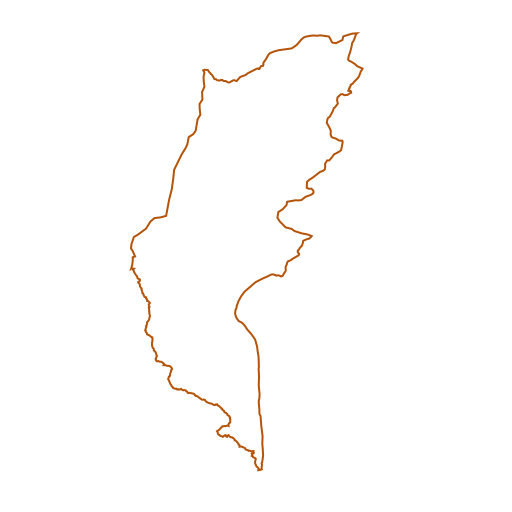 outline of Samphanh, Phôngsali, Laos, rotated 174°
{"feature_id": "54806243B8043974283076", "entity_name": "Samphanh", "entity_type": "district", "adm_level": 2, "iso_a3": "LAO", "parent_name": "Laos", "parent_adm1": "Phôngsali", "projection": "albers", "projection_center": [102.522, 21.656], "detail": "fine", "context": "isolated", "style": "outline", "palette": "amber", "viewbox_px": 512, "rotation_deg": 174, "n_neighbors": 0, "source": "geoboundaries", "source_scale": "gbopen_adm2", "svg_char_len": 6078}
<svg xmlns="http://www.w3.org/2000/svg" viewBox="0 0 512 512"><g transform="rotate(174 256 256)"><path d="M132.2,466.9L136.9,467.1L145.4,465.5L146.4,465.0L147.4,461.8L154.2,459.3L157.6,460.2L158.3,461.0L159.1,463.5L160.6,466.7L168.8,468.7L172.6,468.7L175.7,469.3L179.6,469.3L183.7,468.9L185.2,468.5L186.6,467.7L188.4,466.4L193.5,461.6L198.2,459.0L199.3,458.7L212.0,458.3L216.2,457.6L220.9,456.3L222.4,455.1L225.4,450.9L228.2,447.7L228.7,446.5L228.6,445.5L229.3,444.3L230.7,444.4L231.1,444.2L232.2,443.1L233.1,441.6L233.8,441.7L233.9,442.3L235.4,442.3L245.1,438.6L247.4,437.1L253.0,435.7L257.0,432.0L259.2,433.1L260.4,433.1L264.4,431.3L265.9,431.7L267.7,433.1L270.1,433.5L271.0,434.6L271.7,434.5L272.6,434.7L273.6,434.3L275.8,434.7L276.3,434.9L277.1,435.9L278.8,436.3L280.8,440.8L281.9,441.7L282.2,442.5L283.2,443.6L284.5,446.0L287.5,446.6L289.1,446.2L288.2,444.1L288.3,443.0L289.3,440.3L289.5,438.9L289.7,435.5L289.6,429.8L292.5,424.6L292.9,417.2L296.2,413.2L296.6,409.1L296.6,402.3L299.8,398.0L302.9,386.9L305.6,383.8L310.5,381.2L312.6,374.3L314.7,370.7L319.3,364.8L328.4,350.3L330.2,341.7L332.8,331.1L336.5,321.1L341.2,305.3L346.7,304.4L353.0,304.3L357.3,301.4L362.5,294.7L371.2,289.6L375.5,287.6L378.7,280.6L379.5,276.5L378.3,274.3L376.3,268.2L378.8,267.6L378.8,265.7L380.0,260.1L381.5,256.4L380.7,256.9L380.4,256.4L378.9,256.1L379.7,255.5L379.7,255.1L379.0,254.0L379.1,253.2L377.3,249.4L376.4,248.3L376.2,246.4L375.7,245.8L373.9,244.8L374.1,243.5L376.0,242.3L375.8,241.7L375.2,241.1L374.5,240.0L374.6,237.9L373.1,235.3L373.4,234.8L372.7,231.5L372.9,230.9L372.1,230.3L371.8,228.7L371.1,227.0L369.6,226.4L369.9,225.4L369.0,224.5L368.9,222.6L367.9,222.3L366.4,220.4L366.7,219.9L367.7,219.2L367.7,217.8L367.2,216.5L368.0,216.0L367.8,213.3L368.1,212.1L367.8,211.4L368.2,210.0L367.7,208.1L368.1,206.3L368.5,205.8L368.9,204.1L369.6,203.0L371.3,201.4L371.4,200.1L372.3,198.0L372.7,197.8L372.4,196.9L373.3,195.6L373.5,194.0L373.8,193.8L373.5,193.5L373.8,193.1L373.5,192.0L372.7,190.9L372.5,189.4L370.5,188.4L368.6,186.4L367.6,185.9L367.7,184.9L367.5,184.2L368.0,182.9L367.9,182.0L368.6,180.6L368.5,179.9L368.8,178.1L368.3,175.5L367.6,174.8L367.3,174.0L367.5,172.9L365.8,170.7L365.3,167.6L364.9,167.0L366.6,164.2L366.2,163.6L366.4,163.0L366.2,162.3L365.5,161.6L363.9,161.7L363.3,161.1L361.2,160.7L358.8,158.5L359.4,157.1L357.7,157.0L356.0,156.1L354.8,156.0L353.3,155.5L352.4,154.7L351.5,153.3L351.3,152.2L352.5,151.1L352.4,150.4L353.7,147.9L353.9,146.3L354.7,145.1L355.3,145.1L356.2,142.6L355.4,141.0L355.3,139.9L354.4,137.4L353.8,136.5L353.6,135.5L352.6,134.5L352.4,133.6L350.5,132.5L348.9,132.3L348.3,131.4L347.1,131.6L346.8,131.2L345.8,131.2L344.4,131.7L343.9,131.0L342.4,130.0L341.8,130.2L340.1,129.8L339.4,128.7L338.7,128.3L338.0,126.8L336.7,126.9L333.0,125.8L331.8,125.1L331.4,124.1L330.4,123.5L330.5,123.1L329.0,122.6L325.1,119.0L324.2,118.6L323.0,118.7L321.8,118.2L321.5,117.2L320.5,116.3L320.2,115.8L317.6,114.4L315.3,113.7L314.4,112.8L312.8,112.1L312.0,112.1L311.7,112.5L310.8,112.2L310.2,112.6L309.2,110.9L308.2,110.4L306.5,108.5L306.3,107.8L305.6,107.6L305.4,106.4L304.1,105.5L303.6,103.8L302.4,103.3L301.1,101.9L301.0,100.8L299.3,99.6L299.3,98.9L298.6,98.2L299.0,97.2L298.6,95.8L299.0,94.6L298.9,93.6L299.2,93.0L300.4,92.4L301.2,90.5L301.1,89.9L302.2,90.4L304.1,89.9L305.4,90.3L306.5,90.0L307.3,90.1L310.7,87.1L313.1,85.8L312.5,84.5L312.5,83.2L311.8,82.1L311.0,81.9L310.3,80.8L308.3,80.1L307.9,79.6L306.1,80.8L305.2,81.1L304.7,80.8L304.6,79.7L303.8,79.2L303.6,79.8L302.7,80.5L302.0,80.7L301.8,80.1L300.4,78.5L298.8,78.2L298.4,77.6L297.3,77.1L296.5,75.6L296.5,75.0L296.0,74.9L295.3,74.3L293.3,71.5L293.1,70.4L292.3,70.0L292.3,68.0L290.8,68.2L287.1,66.2L286.5,64.6L284.2,63.7L283.8,63.0L282.6,63.1L280.9,62.0L280.3,62.3L279.0,62.3L279.2,61.8L278.7,60.5L279.1,59.9L280.0,60.1L280.9,59.7L280.5,58.2L281.1,57.6L280.2,57.0L279.8,56.1L278.3,55.4L277.4,54.2L278.4,51.6L278.5,49.7L277.4,46.5L276.6,45.9L275.6,44.3L275.5,43.6L276.2,42.9L276.2,42.7L274.5,42.9L273.8,42.8L272.5,43.2L272.7,44.4L271.8,47.9L272.1,49.3L271.4,50.3L269.8,56.6L269.4,64.6L269.4,68.3L268.3,76.1L268.5,86.5L268.2,96.3L269.1,98.7L268.7,102.6L268.6,109.7L268.4,111.5L267.4,114.7L266.9,118.0L266.8,127.2L265.6,135.7L265.2,143.5L264.7,145.5L264.0,155.9L264.3,160.8L264.4,166.1L265.6,172.9L268.3,178.0L272.6,184.2L274.0,187.1L276.1,190.2L277.6,191.6L280.0,193.1L281.9,196.5L282.6,199.3L282.8,201.2L281.8,205.1L281.3,205.5L280.6,207.0L280.5,208.1L278.1,213.0L274.9,217.6L271.0,221.8L259.2,230.0L252.3,232.7L245.7,234.8L243.5,235.8L241.5,236.0L240.6,235.9L239.4,235.1L238.4,234.9L237.8,234.3L236.4,234.5L235.3,234.3L234.2,233.8L233.3,233.0L231.4,233.6L230.4,235.3L228.2,237.8L227.9,238.5L227.9,240.3L227.5,242.5L226.5,243.9L225.8,246.0L224.8,247.3L221.5,248.3L220.1,249.3L213.6,252.2L213.0,253.1L212.9,253.7L213.9,255.3L214.1,256.3L213.7,257.2L212.5,258.0L211.8,259.2L209.2,261.6L207.9,264.4L207.7,265.8L207.1,266.3L203.0,267.6L201.2,267.7L199.0,269.4L198.5,270.0L202.7,272.1L208.3,273.8L215.1,276.8L217.7,279.2L223.6,281.4L228.9,288.1L230.7,291.9L229.2,297.4L224.7,299.6L220.3,303.5L219.4,306.7L210.7,307.3L207.9,306.8L205.0,306.9L200.7,309.6L195.7,310.9L193.3,311.8L192.1,313.2L192.2,315.1L193.9,317.2L196.3,317.3L198.4,318.5L197.5,324.4L195.4,326.0L191.1,328.2L183.6,332.9L180.5,333.7L178.6,334.8L177.8,337.6L177.7,340.4L175.3,343.6L173.2,343.4L170.7,345.7L167.8,348.9L162.3,351.1L160.2,352.5L157.9,360.2L158.1,361.6L161.4,362.2L164.2,364.4L167.2,365.6L168.6,366.8L169.1,369.2L168.5,372.7L169.6,376.2L171.7,381.0L170.8,384.1L169.9,385.8L168.2,386.7L165.9,389.9L164.5,392.1L163.1,395.0L162.0,395.5L158.7,399.0L159.1,402.6L158.3,405.3L154.8,407.9L153.1,408.0L151.4,406.7L148.0,406.7L145.3,408.2L144.3,408.4L144.4,409.7L144.8,410.4L146.0,410.3L146.9,410.7L145.8,412.9L145.3,413.2L145.3,414.0L144.7,414.4L144.0,415.6L144.0,416.3L141.5,417.5L140.5,418.8L136.7,421.8L134.6,424.2L132.5,428.6L130.6,430.7L130.5,431.3L135.5,434.2L137.6,436.6L140.7,439.1L143.5,440.9L143.9,441.8L142.7,445.5L140.9,449.3L138.9,454.8L138.2,457.6L136.0,460.5L133.3,466.2L132.2,466.9Z" fill="none" stroke="#b45309" stroke-width="2"/></g></svg>